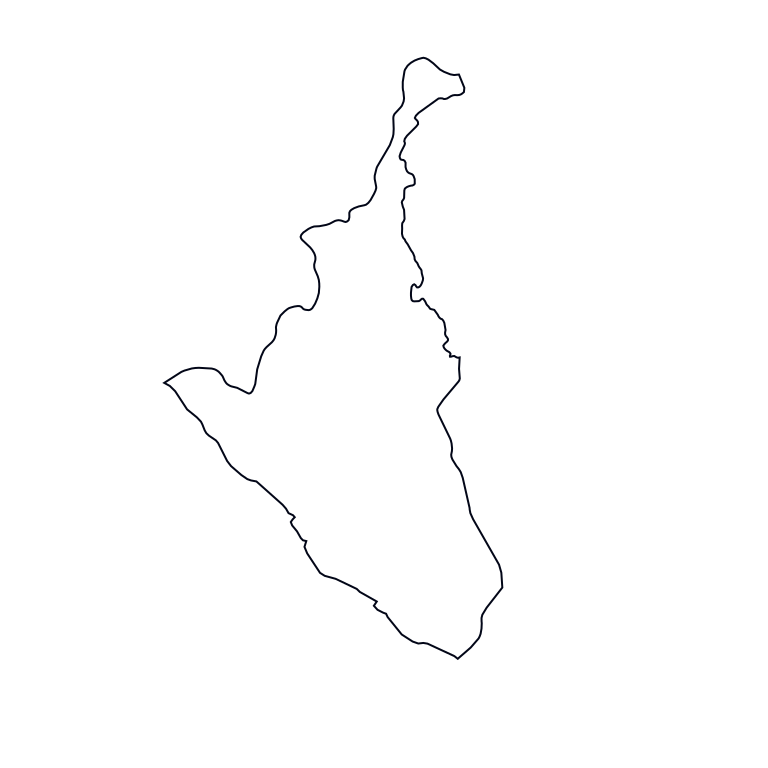 outline of Central, rotated 65°
{"feature_id": "GHA-2160", "entity_name": "Central", "entity_type": "Region", "adm_level": 1, "iso_a3": "GHA", "parent_name": "Ghana", "parent_adm1": "", "projection": "orthographic", "projection_center": [-1.513, 5.658], "detail": "fine", "context": "isolated", "style": "outline", "palette": "ink", "viewbox_px": 768, "rotation_deg": 65, "n_neighbors": 0, "source": "natural_earth", "source_scale": "10m", "svg_char_len": 4821}
<svg xmlns="http://www.w3.org/2000/svg" viewBox="0 0 768 768"><g transform="rotate(65 384 384)"><path d="M664.2,433.3L660.4,435.2L637.7,454.3L635.3,457.8L633.7,462.6L629.5,466.9L618.5,473.8L596.8,479.2L593.1,479.2L590.9,481.4L585.9,485.3L580.7,486.9L578.1,482.5L562.2,493.8L558.2,495.3L540.1,510.2L532.8,518.8L528.1,521.8L505.1,525.2L498.0,524.9L493.5,520.8L491.4,523.5L488.5,524.5L480.8,525.1L473.4,527.0L469.7,526.8L468.1,524.0L467.0,521.2L464.5,521.9L460.7,525.1L455.6,525.5L450.7,526.9L418.4,540.8L415.1,545.4L412.4,548.1L406.1,551.8L393.8,557.3L387.5,558.7L367.3,559.3L364.0,560.2L356.8,564.5L353.5,565.8L350.3,566.1L343.9,565.7L340.8,565.8L335.1,567.7L323.8,573.2L302.3,576.3L295.3,578.9L290.1,582.7L287.4,562.5L287.5,559.2L288.7,551.6L289.8,548.1L291.1,544.9L297.2,533.6L299.1,531.3L300.3,530.3L301.5,529.5L302.9,528.7L304.3,528.2L307.4,527.3L308.9,527.0L313.2,527.1L314.9,526.9L316.6,526.6L317.9,526.1L319.2,525.3L320.5,524.4L321.6,523.4L325.4,518.7L334.6,511.5L335.6,510.4L335.8,508.7L334.8,506.3L331.6,502.7L329.6,500.7L317.1,492.7L307.0,483.6L303.0,479.0L301.9,477.2L300.9,474.8L298.8,468.0L297.7,465.7L296.4,463.9L293.7,461.4L291.8,460.1L289.9,459.1L286.8,457.9L284.3,456.0L283.2,454.9L278.2,448.9L276.2,443.4L275.3,439.8L275.1,438.0L275.3,436.1L275.9,432.5L276.9,429.2L277.6,427.8L278.6,426.7L279.9,426.0L281.4,425.6L282.7,424.8L283.6,423.7L285.2,421.1L285.5,419.9L285.4,418.5L285.0,417.0L282.1,412.5L278.2,408.2L274.0,404.6L268.5,401.5L265.5,400.2L262.2,399.1L258.4,398.5L251.0,398.3L249.2,398.0L247.6,397.4L246.1,396.7L242.6,393.8L241.1,393.0L239.5,392.4L237.6,392.1L235.8,392.0L232.2,392.4L229.0,393.2L218.7,397.3L217.1,397.6L215.4,397.4L213.8,395.8L212.6,393.1L211.5,386.9L211.4,383.6L211.7,380.8L213.7,375.8L215.4,369.1L215.8,365.7L215.5,359.5L215.8,357.7L216.3,356.0L217.1,354.7L218.0,353.5L220.2,351.3L221.0,350.2L221.1,348.5L220.5,346.7L218.2,344.9L214.2,343.1L213.0,341.8L212.3,339.9L212.0,336.6L212.4,331.8L213.7,326.2L213.9,324.4L213.2,321.6L211.6,318.4L207.4,312.6L205.1,309.9L203.1,308.2L201.5,307.6L194.3,305.8L192.7,305.1L191.3,304.4L185.8,300.0L184.7,299.0L183.9,298.0L169.9,277.7L164.0,271.7L162.8,270.8L161.6,269.9L156.9,267.4L147.2,263.3L145.9,262.6L144.8,261.7L143.7,260.3L140.3,252.0L139.3,250.1L136.2,246.8L133.6,245.1L127.3,242.9L125.6,242.6L123.2,241.7L118.1,239.3L109.1,233.2L107.9,232.0L105.5,228.1L104.7,225.6L104.2,223.6L103.8,219.6L104.0,215.7L104.6,212.0L105.0,210.4L106.5,208.5L108.9,206.6L114.2,203.8L122.6,200.4L126.4,197.7L131.4,193.0L133.6,189.9L135.2,185.3L149.5,186.0L153.2,188.2L153.8,190.4L154.0,191.8L153.9,193.4L153.4,195.0L152.0,197.9L151.5,199.6L151.4,201.6L151.9,206.1L151.6,207.9L151.0,209.3L149.9,210.3L149.0,211.9L148.3,213.9L152.9,238.0L154.3,241.7L155.9,243.6L156.9,243.5L159.3,242.6L160.9,242.5L162.9,243.3L164.3,246.0L168.7,258.2L170.6,261.5L172.6,263.1L173.9,263.1L175.1,263.5L176.3,264.6L181.3,271.0L184.1,273.6L186.0,274.1L187.5,274.0L188.4,273.0L189.2,271.7L190.5,271.0L192.5,270.9L196.5,272.8L199.0,273.2L201.0,273.2L202.5,272.7L203.6,272.0L205.5,270.1L206.6,269.5L208.1,269.3L211.3,269.6L215.5,271.5L216.1,272.9L216.1,274.4L215.6,275.8L215.3,277.6L215.2,278.7L215.2,280.3L215.7,282.5L217.2,283.8L223.8,287.1L224.9,288.3L225.8,290.1L226.9,291.1L231.2,292.0L234.6,292.2L243.1,295.6L244.6,297.1L246.0,299.5L248.1,300.7L250.7,301.8L255.4,304.2L258.2,304.8L260.2,304.7L261.8,304.1L263.9,304.2L267.3,303.5L274.3,303.0L277.6,302.4L281.4,302.6L283.9,303.5L285.7,303.5L288.5,302.7L291.9,302.8L293.5,302.6L295.1,302.2L296.8,302.0L299.7,303.0L304.7,303.9L306.5,305.0L308.9,307.4L310.2,309.1L310.9,310.8L310.9,312.2L310.4,313.2L309.1,313.6L307.7,313.7L306.4,314.5L306.5,316.0L307.7,318.0L312.7,321.0L315.5,322.3L318.2,323.2L319.8,323.4L321.1,322.8L321.9,321.6L323.6,317.4L323.5,316.0L323.0,314.7L322.8,313.4L323.4,312.4L326.4,311.8L329.9,311.8L331.3,311.4L332.5,310.9L335.3,310.4L336.2,309.5L337.1,308.3L338.1,307.1L344.0,306.0L345.8,306.0L347.3,305.7L348.7,305.1L349.8,304.0L351.6,303.5L354.1,303.5L361.1,305.4L363.2,306.9L364.8,307.6L366.6,307.7L368.3,307.2L370.4,307.0L371.6,307.7L372.3,309.1L372.8,310.9L373.4,312.4L374.3,314.0L375.6,314.3L377.3,314.2L378.9,313.7L380.3,313.1L382.8,311.3L384.5,310.9L385.4,311.4L386.3,312.4L387.2,312.6L387.6,311.5L387.8,310.0L388.3,308.5L390.5,307.0L391.1,306.3L391.5,305.8L391.9,304.2L402.0,309.6L411.1,313.0L412.6,314.3L413.4,315.7L423.1,336.6L427.6,344.4L429.2,346.2L430.0,346.7L431.9,347.2L434.7,347.5L461.4,347.1L463.6,347.3L466.5,347.9L471.1,349.5L473.5,350.8L476.5,353.0L478.6,353.7L481.3,353.9L489.0,353.0L492.8,352.1L496.3,351.7L502.3,352.3L532.4,358.8L534.0,359.4L537.5,360.3L544.2,360.4L596.4,356.1L604.6,357.4L618.5,362.8L630.1,385.5L634.7,392.4L637.3,394.5L640.4,395.9L642.1,396.5L646.9,399.0L651.2,402.0L653.2,404.0L654.6,405.8L659.5,416.8L664.2,433.3Z" fill="none" stroke="#020617" stroke-width="2"/></g></svg>